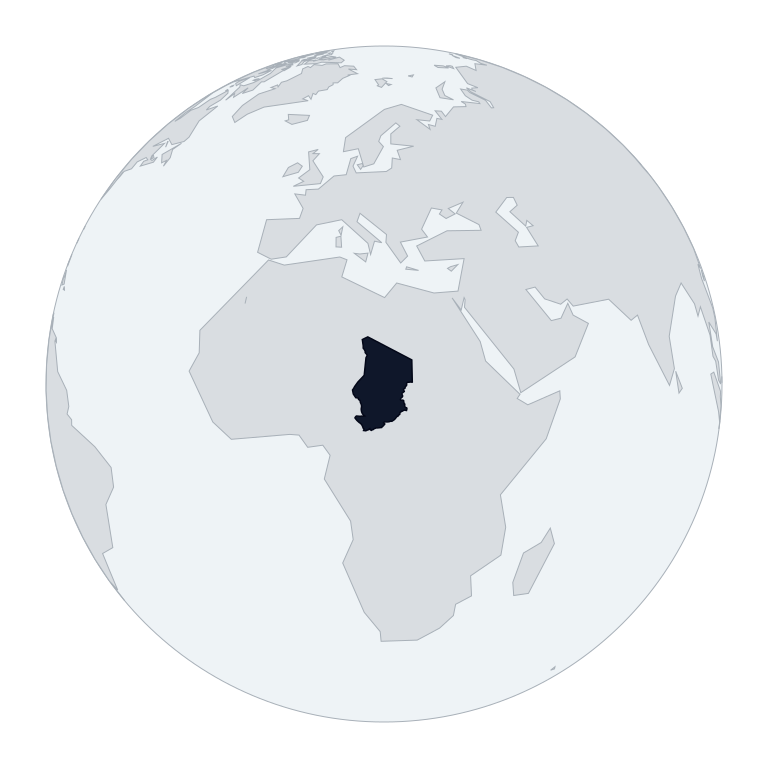 the Earth from above Chad
{"feature_id": "TCD", "entity_name": "Chad", "entity_type": "country or territory", "adm_level": 0, "iso_a3": "TCD", "parent_name": "Africa", "parent_adm1": "", "projection": "orthographic", "projection_center": [18.978, 15.46], "detail": "medium", "context": "on_globe", "style": "filled", "palette": "ink", "viewbox_px": 768, "rotation_deg": 0, "n_neighbors": 0, "source": "natural_earth", "source_scale": "50m", "svg_char_len": 10477}
<svg xmlns="http://www.w3.org/2000/svg" viewBox="0 0 768 768"><circle cx="384" cy="384" r="338" fill="#eef3f6" stroke="#a8b0b8"/><path d="M301.6,56.3L281.4,62.1L286.0,60.9L273.2,65.4L273.7,66.1L265.9,68.8L273.1,67.1L280.1,64.6L285.6,63.3L286.5,63.7L276.7,66.9L274.8,67.1L272.5,68.4L267.1,70.0L270.3,69.5L258.3,73.9L271.5,70.4L263.0,74.8L254.7,77.6L254.0,76.1L233.0,82.1L224.4,86.3L212.9,92.8L194.6,106.7L185.7,112.6L174.8,121.4L180.4,118.2L190.9,110.3L198.5,107.5L210.5,99.3L215.3,97.4L228.2,90.4L227.9,93.2L220.5,100.1L209.8,106.4L206.3,110.0L217.8,106.0L199.1,120.9L189.0,137.2L184.0,141.5L171.9,144.6L168.5,138.3L152.8,146.4L164.5,143.4L151.8,155.9L150.4,159.3L152.0,160.5L157.4,157.0L153.4,162.2L140.3,166.1L143.7,161.3L147.8,159.8L146.2,157.5L137.2,161.9L131.5,168.8L124.1,171.4L119.8,176.7L115.9,180.9L123.1,171.9L110.0,188.6L101.0,199.3L115.6,178.7L131.6,159.3L149.1,141.1L167.8,124.3L187.8,108.9L208.9,95.0L230.9,82.8L253.8,72.2L277.4,63.3L301.6,56.3ZM53.2,314.8L54.0,312.7L50.3,331.6L53.7,317.0L52.2,328.7L56.2,337.5L54.9,341.1L57.7,371.6L66.7,390.4L68.8,406.5L67.1,414.0L71.6,419.7L71.7,425.4L94.8,446.7L111.1,467.5L113.6,487.1L105.9,504.5L112.8,547.6L102.6,553.5L109.4,570.1L117.7,590.0L110.3,582.0L122.1,597.3L124.7,600.7L109.1,580.6L95.1,559.4L82.8,537.2L72.1,514.1L63.2,490.3L56.2,465.9L50.9,441.1L47.6,415.9L46.1,390.5L46.6,365.1L49.0,339.8L53.2,314.8ZM72.0,254.3L67.5,266.4L68.0,264.2L72.0,254.3ZM83.9,228.7L85.3,226.1L84.6,227.4L83.9,228.7ZM227.5,89.5L227.8,90.0L225.3,91.0L227.5,89.5ZM232.8,86.3L229.7,87.2L231.7,85.9L233.6,85.3L232.8,86.3ZM236.3,85.7L235.7,83.4L239.4,81.2L249.8,77.6L236.3,85.7ZM281.9,63.7L274.5,66.3L279.8,63.9L281.9,63.7ZM284.0,62.5L292.5,58.7L304.0,55.7L298.8,57.2L313.0,53.7L314.4,54.0L306.9,56.0L299.2,57.7L305.6,56.7L284.0,62.5ZM288.2,62.6L288.9,61.7L298.9,58.9L299.3,60.1L295.9,60.6L288.2,62.6ZM316.0,53.0L323.5,51.5L326.7,51.2L330.1,50.8L315.4,53.8L316.0,53.0ZM294.2,61.5L299.3,60.9L295.4,62.8L288.2,63.2L294.2,61.5ZM301.3,57.9L306.1,56.7L303.6,57.7L301.3,57.9ZM284.6,70.4L285.3,68.8L290.5,67.1L284.6,70.4ZM301.4,60.6L302.7,60.0L304.9,59.3L307.4,59.5L301.4,60.6ZM318.7,53.7L318.5,54.1L324.9,52.4L327.5,52.6L317.2,54.8L322.8,54.0L323.6,54.1L314.3,55.9L318.7,53.7ZM316.4,57.8L304.2,61.5L301.9,64.5L297.1,65.9L301.7,61.0L316.4,57.8ZM316.0,56.4L315.1,57.5L309.6,58.4L306.8,58.3L316.0,56.4ZM333.0,52.2L331.6,51.2L333.9,50.8L333.0,52.2ZM316.8,58.3L319.7,57.5L317.2,58.4L316.8,58.3ZM329.3,53.7L328.4,53.2L331.1,52.8L329.3,53.7ZM326.2,56.4L322.3,57.4L320.2,57.2L326.2,56.4ZM328.5,55.0L332.3,54.5L321.9,56.5L327.7,54.8L328.5,55.0ZM331.9,53.3L333.2,53.0L331.8,53.6L331.9,53.3ZM336.2,57.1L323.5,59.7L319.1,58.9L331.9,56.4L336.2,57.1ZM639.7,163.1L641.2,164.8L633.0,155.6L642.6,167.1L648.3,173.6L646.1,170.7L651.4,177.4L656.8,184.6L658.6,187.0L671.7,206.7L683.4,227.3L693.6,248.6L698.5,262.5L700.7,268.6L697.9,264.2L701.6,278.5L712.7,307.8L714.9,317.8L717.4,341.2L716.1,333.9L708.8,322.0L712.7,346.8L718.5,362.0L720.7,384.1L718.6,380.2L715.7,361.2L713.0,356.3L710.0,335.0L700.4,306.8L698.0,316.1L694.5,303.8L681.1,283.0L675.5,296.1L669.2,336.3L674.4,368.6L669.5,385.4L648.6,344.5L637.5,315.1L631.1,320.3L608.6,299.2L573.2,306.1L567.1,299.0L560.7,304.2L544.7,298.9L535.1,287.1L525.9,289.5L551.3,320.6L561.0,318.2L567.8,303.3L573.1,315.1L588.4,323.4L575.1,356.9L520.8,392.7L513.9,369.0L464.5,307.3L465.1,299.8L464.8,299.0L464.1,297.6L461.2,310.0L452.1,297.9L480.2,341.5L485.6,361.0L520.0,394.3L517.2,398.5L527.8,404.8L559.8,390.8L560.3,398.9L546.2,438.8L500.4,494.8L505.7,527.2L500.9,555.1L470.6,575.8L471.5,595.9L455.6,604.3L453.4,615.5L439.6,628.1L417.2,640.1L381.1,641.3L380.2,631.6L364.2,612.3L342.7,563.0L353.2,539.6L350.6,521.1L324.3,479.0L330.1,455.3L322.8,445.2L307.7,447.3L299.0,435.1L289.8,434.4L231.3,439.3L212.8,422.0L189.1,371.1L199.2,352.8L199.9,330.3L268.5,260.0L284.3,265.1L339.8,257.0L347.0,259.8L341.8,276.9L384.6,297.6L396.7,283.0L434.0,293.0L458.0,291.1L464.1,258.6L424.8,261.0L416.7,246.0L447.0,230.8L481.1,230.3L479.0,224.6L456.3,213.1L463.0,202.2L448.3,208.5L455.1,213.9L446.1,218.5L439.4,214.0L442.0,209.9L431.4,208.0L421.6,229.2L427.5,237.0L400.4,242.1L407.6,256.1L400.7,263.0L385.9,242.3L386.5,234.5L360.0,213.3L357.0,221.7L381.8,242.7L374.5,241.2L370.6,254.5L367.9,243.3L341.7,219.7L316.5,224.9L286.3,256.9L271.2,259.2L257.6,252.3L266.6,219.7L299.5,218.4L303.1,208.4L294.8,193.9L305.5,195.2L306.1,189.7L318.4,189.1L334.0,176.0L346.2,174.7L350.8,158.6L357.6,156.2L353.0,166.1L356.2,172.9L386.3,171.5L391.7,168.0L392.3,158.0L400.5,159.6L397.2,150.3L413.7,146.2L390.8,143.9L390.8,133.9L399.9,126.2L395.8,122.9L380.9,135.7L378.7,141.4L383.4,146.6L373.8,163.8L363.8,167.0L358.3,148.7L343.4,151.7L345.6,137.6L384.4,109.4L401.4,104.4L432.7,115.2L429.7,121.0L416.9,119.7L430.1,129.4L428.4,124.5L435.2,126.3L436.9,118.4L441.9,119.4L435.1,110.8L441.4,111.2L445.5,116.6L453.5,106.9L466.0,106.6L465.4,104.1L461.2,101.5L479.9,103.6L478.7,101.8L472.1,100.2L465.3,95.7L460.6,89.0L467.3,90.1L469.9,92.6L485.5,100.3L491.4,107.9L493.7,107.7L490.1,101.6L471.1,92.0L466.4,87.8L475.9,91.5L472.1,89.8L471.8,88.1L477.9,87.7L467.6,83.6L455.8,67.3L466.3,66.2L476.1,70.5L474.9,63.7L486.9,65.2L480.8,63.4L476.1,60.5L472.3,59.8L469.0,58.9L455.2,53.7L455.9,53.8L479.3,59.8L502.3,67.4L524.6,76.7L546.2,87.5L567.0,99.9L586.8,113.7L605.6,128.9L623.3,145.4L639.7,163.1ZM246.6,296.8L245.1,303.4L245.1,303.5L246.6,296.8ZM518.8,247.0L538.2,245.9L526.6,227.4L533.1,225.7L526.8,220.4L525.7,226.1L509.9,211.7L517.2,205.2L513.4,197.4L506.7,197.5L495.8,212.1L518.4,232.2L515.2,240.7L518.8,247.0ZM56.4,337.6L56.5,342.4L55.5,340.9L56.4,337.6ZM64.3,286.4L64.5,290.2L63.2,289.4L64.3,286.4ZM66.5,269.9L64.1,284.1L61.9,285.0L63.8,276.4L63.9,277.8L66.5,269.9ZM79.1,238.4L78.1,240.4L76.8,243.3L78.4,239.9L79.1,238.4ZM83.5,229.8L83.5,229.7L85.1,226.5L83.5,229.8ZM152.6,155.6L153.5,155.5L154.0,157.7L151.5,158.7L152.6,155.6ZM170.2,157.7L163.4,166.2L166.5,160.4L161.6,162.8L162.1,154.5L181.5,143.3L172.6,149.5L170.2,157.7ZM168.1,141.6L165.6,147.2L167.6,141.5L168.1,141.6ZM297.6,162.8L302.3,166.2L298.3,172.3L282.9,176.7L288.4,167.5L297.6,162.8ZM309.8,169.7L308.6,151.9L318.2,149.4L313.0,153.6L319.4,153.7L312.9,160.8L323.2,176.9L320.4,183.6L293.3,186.3L303.7,181.3L298.6,178.0L309.8,169.7ZM288.7,119.8L288.3,114.4L309.5,115.4L307.4,120.4L291.9,124.4L285.2,120.9L288.7,119.8ZM254.7,80.7L253.2,80.3L255.9,79.2L259.4,78.6L254.7,80.7ZM284.5,69.8L264.2,81.8L261.5,81.8L252.9,90.1L242.3,93.5L248.2,87.8L233.6,97.3L234.6,93.5L225.6,100.2L239.8,87.0L240.2,84.8L243.8,85.8L253.6,82.6L257.9,80.5L270.4,73.4L276.0,68.0L286.6,64.8L292.6,64.0L292.9,64.8L285.9,66.4L291.3,66.4L281.4,69.5L284.5,69.8ZM356.6,69.7L348.4,69.0L357.5,73.7L347.7,75.0L349.4,75.5L342.8,78.3L337.7,82.8L333.1,82.9L333.1,84.7L328.8,86.9L327.2,89.6L318.4,91.1L315.8,94.6L313.0,93.4L311.0,99.3L308.5,95.7L302.7,98.9L308.2,100.7L264.0,107.1L247.3,114.2L234.8,122.5L232.3,116.5L242.4,105.5L258.8,94.0L275.1,88.7L271.0,87.5L277.6,84.9L278.1,86.9L281.4,82.3L286.9,80.8L301.5,73.5L302.7,68.9L308.0,66.5L310.4,67.6L314.1,64.6L322.1,65.4L326.1,63.9L338.0,63.8L340.1,67.6L344.5,65.7L353.7,66.2L356.6,69.7ZM339.4,57.1L344.2,60.2L341.2,62.8L321.7,62.2L317.0,63.5L304.4,64.2L309.0,60.7L312.2,60.7L316.3,59.9L313.2,61.3L318.8,59.7L323.4,59.9L329.0,58.8L329.0,60.0L339.4,57.1ZM354.3,253.3L359.7,254.0L368.0,253.1L365.7,261.9L354.3,253.3ZM336.1,237.4L340.9,236.2L341.6,247.2L336.0,246.9L336.1,237.4ZM342.8,226.8L341.1,235.3L338.7,230.6L342.8,226.8ZM357.3,164.8L362.3,163.5L363.1,165.8L360.6,169.4L357.3,164.8ZM381.5,87.4L377.3,85.8L378.6,84.8L375.0,79.6L382.0,78.8L386.9,81.6L381.5,87.4ZM457.8,264.6L451.3,271.2L447.5,268.4L450.5,266.7L457.8,264.6ZM406.6,266.8L418.6,270.4L405.8,269.2L406.6,266.8ZM388.5,85.6L386.2,83.5L391.1,84.5L388.5,85.6ZM386.9,78.0L392.6,78.6L382.4,78.1L386.9,78.0ZM555.0,666.7L554.5,668.9L550.6,670.2L555.0,666.7ZM554.4,543.6L528.4,593.4L513.7,595.5L512.8,582.4L523.5,553.0L541.2,542.5L550.3,528.1L554.4,543.6ZM718.9,428.8L718.8,428.5L719.7,422.0L719.9,421.0L718.9,428.8ZM719.6,422.1L718.6,411.8L710.8,374.1L713.8,372.1L720.6,391.5L720.3,396.7L721.0,405.9L719.6,422.1ZM721.9,382.8L721.9,381.7L721.8,376.4L721.9,382.8ZM675.7,371.2L682.3,388.3L679.0,393.1L675.7,371.2ZM704.0,277.7L704.4,281.1L702.8,276.5L701.2,269.5L704.0,277.7ZM444.9,81.7L442.1,89.2L444.8,95.5L453.5,99.8L440.0,97.7L435.9,87.9L444.9,81.7ZM453.7,68.6L446.0,65.9L450.0,65.7L452.3,66.3L453.7,68.6ZM448.6,68.0L438.0,67.5L434.1,65.2L443.3,65.9L448.6,68.0ZM413.4,74.9L412.1,77.0L408.1,75.9L413.4,74.9ZM467.0,58.7L462.7,57.5L464.3,57.4L467.0,58.7ZM451.8,54.4L452.9,55.2L448.9,53.8L451.8,54.4ZM456.1,57.6L452.1,55.4L459.9,58.3L456.1,57.6Z" fill="#d9dde1" stroke="#a8b0b8" stroke-width="1"/><path d="M411.8,359.9L412.3,382.1L412.2,382.2L410.2,382.0L409.4,382.2L407.4,382.3L406.5,383.4L406.7,384.7L406.5,385.6L405.5,386.5L405.1,387.4L405.0,388.2L404.8,388.4L403.9,388.7L403.4,389.2L403.7,389.9L403.8,390.8L404.3,391.2L404.3,391.5L402.3,393.0L401.9,393.7L401.9,394.1L402.6,395.6L402.6,396.4L402.2,397.1L401.3,397.7L400.8,398.4L400.4,399.6L400.7,400.2L401.0,400.3L402.7,400.1L403.4,400.4L403.8,401.0L403.6,401.5L404.2,403.5L404.1,403.8L404.2,404.0L404.7,404.0L404.8,404.3L404.7,406.2L404.9,406.7L405.2,407.1L406.0,407.7L406.4,407.7L406.8,408.0L406.9,408.9L406.5,410.5L404.3,410.1L402.9,410.8L402.4,411.2L401.7,411.2L401.3,411.7L400.2,412.3L399.8,412.7L399.9,413.9L399.7,414.4L399.4,414.7L398.8,414.8L398.0,416.1L397.8,416.3L397.3,416.2L395.8,417.8L395.7,418.2L394.4,419.6L391.9,421.3L390.4,421.2L389.7,421.6L388.0,421.9L385.0,421.9L384.4,422.0L383.9,422.4L383.5,422.7L383.5,423.0L384.5,423.7L384.8,424.0L383.6,425.5L382.7,426.4L382.0,426.9L381.7,427.5L377.9,427.9L376.2,427.9L373.9,428.9L373.1,429.6L371.8,430.0L371.4,430.4L371.2,430.4L370.0,429.3L369.8,428.6L369.0,429.1L368.8,429.6L366.8,430.3L366.3,430.6L365.7,430.8L363.6,430.5L364.0,429.7L364.0,429.0L363.4,428.6L362.3,425.8L361.5,424.4L360.0,423.0L359.3,422.6L357.0,420.5L355.1,418.2L355.0,417.6L355.9,416.4L356.5,416.0L360.0,416.3L361.7,416.1L362.8,416.2L364.0,416.2L364.7,416.0L364.0,415.5L362.5,413.9L361.7,412.1L361.4,410.9L361.2,409.4L361.3,407.9L361.7,406.9L361.5,406.3L361.5,405.1L360.9,403.5L360.4,402.6L360.2,401.2L359.8,400.3L359.0,399.8L358.5,399.3L358.4,398.4L358.1,398.1L356.8,397.8L355.8,397.7L353.3,394.0L352.5,390.0L353.6,388.5L354.6,386.6L357.9,382.0L364.2,375.3L366.0,357.7L367.3,355.1L365.7,353.2L365.3,352.8L365.1,352.0L365.4,351.5L363.8,348.8L363.4,348.5L363.2,348.1L363.2,345.8L362.3,339.5L367.8,336.9L411.8,359.9Z" fill="#0f172a" stroke="#020617" stroke-width="1.5"/></svg>